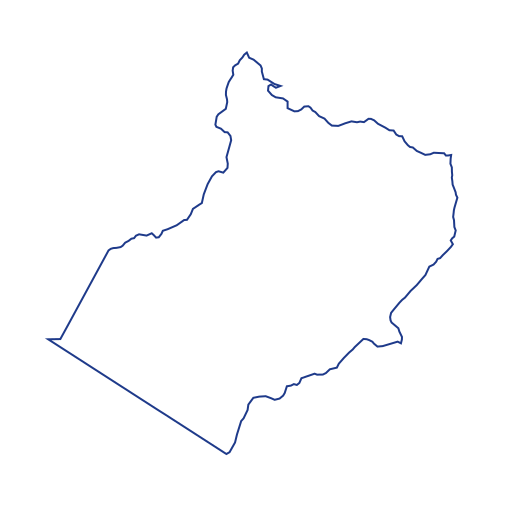 São João do Soter, Maranhão, Brazil (orthographic projection), rotated 8°
{"feature_id": "56859067B40043130772660", "entity_name": "São João do Soter", "entity_type": "district", "adm_level": 2, "iso_a3": "BRA", "parent_name": "Brazil", "parent_adm1": "Maranhão", "projection": "orthographic", "projection_center": [-43.73, -5.032], "detail": "fine", "context": "isolated", "style": "outline", "palette": "blue", "viewbox_px": 512, "rotation_deg": 8, "n_neighbors": 0, "source": "geoboundaries", "source_scale": "gbopen_adm2", "svg_char_len": 2827}
<svg xmlns="http://www.w3.org/2000/svg" viewBox="0 0 512 512"><g transform="rotate(8 256 256)"><path d="M218.6,55.8L216.3,58.3L214.9,61.3L212.7,64.4L211.5,68.0L208.8,70.1L207.1,72.3L207.1,75.7L208.3,79.7L207.1,82.5L205.9,85.0L204.8,87.5L204.0,91.5L203.5,94.2L203.4,97.3L203.8,100.7L205.5,104.9L206.1,107.6L205.6,114.5L199.0,120.9L197.7,123.6L197.5,131.6L198.8,133.6L203.6,134.8L207.7,137.7L210.7,137.5L214.0,140.7L215.3,144.8L214.3,152.5L213.0,162.2L215.2,168.5L215.5,172.7L212.0,178.0L207.1,177.3L204.7,178.5L201.3,183.2L198.1,191.6L195.7,202.2L195.0,211.1L192.5,213.2L187.0,218.1L185.6,223.7L182.6,229.8L179.8,230.4L173.2,236.6L164.7,241.8L160.2,244.0L159.3,247.2L157.1,251.0L154.5,251.7L151.8,249.5L149.6,248.0L144.8,251.0L137.2,250.8L134.3,252.6L132.8,255.3L130.2,256.2L127.7,258.8L124.6,261.0L122.5,264.4L120.7,266.0L116.6,267.4L113.6,268.0L111.2,269.1L109.2,271.0L78.8,352.3L73.8,365.5L61.8,367.4L177.9,421.0L181.4,422.6L184.5,424.0L187.4,425.3L254.2,456.2L257.1,454.0L261.2,443.6L262.0,435.4L264.3,421.5L266.3,418.5L269.1,409.7L269.1,404.2L273.1,396.8L278.8,394.8L285.1,393.5L290.6,394.7L294.5,395.8L299.2,393.9L302.3,390.5L303.5,387.7L304.7,380.7L308.6,379.5L311.3,377.6L314.4,378.0L316.6,375.7L318.0,370.7L330.4,364.4L333.0,365.0L338.7,364.1L341.5,362.2L344.9,357.9L351.6,355.3L353.0,351.1L357.2,344.7L361.7,338.6L364.8,335.1L366.5,332.4L373.9,323.2L377.2,323.0L379.7,323.5L383.2,324.7L384.9,326.3L388.9,328.8L394.0,327.6L403.2,323.4L408.2,321.1L411.7,322.3L412.1,318.3L411.8,315.8L408.5,310.9L407.0,307.7L399.5,303.0L398.2,301.0L397.3,297.8L397.7,293.5L399.9,289.8L404.6,282.2L406.9,279.0L409.3,276.5L414.0,269.0L419.2,262.5L423.1,256.3L426.4,251.3L429.1,242.4L433.0,239.8L435.2,236.6L436.2,233.6L438.6,232.5L440.9,229.1L444.5,224.5L447.8,219.8L449.3,216.9L446.7,213.5L447.8,211.2L449.6,209.2L450.2,202.9L448.4,199.7L447.1,193.0L445.8,189.9L445.7,185.8L445.6,183.2L445.8,180.6L446.4,176.4L447.3,170.2L445.5,167.5L444.8,165.1L442.2,160.4L440.8,158.0L440.0,154.5L439.0,151.1L439.1,148.7L438.3,145.4L437.6,141.0L435.7,137.6L435.2,132.4L435.2,128.8L432.4,129.7L430.1,130.1L428.0,128.1L417.7,129.0L414.4,131.0L409.5,132.3L405.1,130.9L400.6,129.6L396.2,126.7L393.3,126.6L390.9,125.1L387.2,121.8L384.1,117.1L381.0,117.4L378.0,116.2L374.8,112.6L370.6,112.9L366.2,110.9L358.4,108.1L354.1,105.2L350.7,104.2L348.3,104.5L344.3,108.4L340.4,108.4L337.4,109.5L331.8,109.4L325.8,112.2L323.3,113.6L319.4,115.7L313.0,116.3L309.1,114.1L304.7,110.4L299.0,108.7L294.7,105.2L291.8,104.1L289.3,101.5L287.1,100.4L283.0,101.3L280.4,104.6L277.4,106.7L273.9,107.4L266.7,105.2L265.8,98.7L260.8,96.2L253.4,96.1L249.3,94.4L244.9,90.6L244.7,86.0L247.0,84.1L249.8,85.5L252.3,86.6L256.6,84.2L250.3,83.1L242.9,79.7L239.2,79.8L236.1,72.5L235.7,69.5L234.0,66.7L226.3,61.9L221.6,60.6L218.6,55.8Z" fill="none" stroke="#1e3a8a" stroke-width="2"/></g></svg>